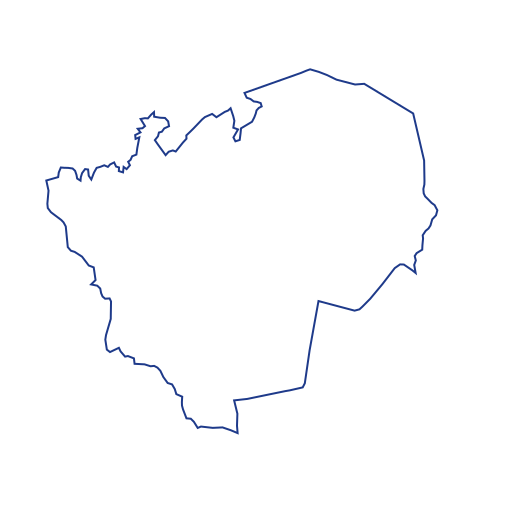 the district of Currais Novos, Rio Grande do Norte, Brazil, rotated 345°
{"feature_id": "56859067B29733795279027", "entity_name": "Currais Novos", "entity_type": "district", "adm_level": 2, "iso_a3": "BRA", "parent_name": "Brazil", "parent_adm1": "Rio Grande do Norte", "projection": "robinson", "projection_center": [-36.481, -6.242], "detail": "fine", "context": "isolated", "style": "outline", "palette": "blue", "viewbox_px": 512, "rotation_deg": 345, "n_neighbors": 0, "source": "geoboundaries", "source_scale": "gbopen_adm2", "svg_char_len": 2603}
<svg xmlns="http://www.w3.org/2000/svg" viewBox="0 0 512 512"><g transform="rotate(345 256 256)"><path d="M192.4,422.3L193.7,415.1L197.2,403.5L197.5,389.8L210.6,391.8L234.5,393.2L249.4,394.1L253.6,394.5L267.1,395.0L270.2,391.6L283.4,360.9L304.7,315.7L337.1,334.3L342.1,334.3L345.6,332.5L355.2,326.9L370.8,315.9L386.9,303.6L393.0,301.4L396.6,302.5L403.3,310.3L405.8,313.7L406.5,305.6L409.2,301.7L409.3,297.1L411.9,294.8L418.2,292.9L419.5,288.8L421.9,282.3L422.4,279.1L426.4,275.6L429.7,274.1L432.4,271.7L435.7,266.2L440.4,263.3L443.0,258.8L441.7,253.1L439.3,250.1L436.4,244.9L434.8,242.2L434.2,238.9L435.0,234.6L437.1,230.6L438.1,227.3L443.1,207.3L444.7,159.0L405.1,117.7L396.1,116.0L379.4,106.5L371.3,99.5L364.3,94.4L356.6,89.7L352.8,90.0L346.8,90.8L287.1,95.5L288.0,100.7L291.3,102.9L293.8,106.1L296.9,107.4L300.1,109.5L300.2,113.0L297.0,113.7L294.2,115.5L292.6,118.4L290.2,121.7L286.9,125.3L274.6,128.8L272.7,133.8L270.3,139.7L265.8,139.9L264.9,135.6L271.4,129.1L267.3,126.2L270.1,119.8L270.2,115.0L269.7,106.7L266.6,108.3L263.2,108.7L253.7,111.7L250.4,107.4L242.6,108.6L239.4,110.1L228.7,116.6L224.3,119.1L219.9,121.5L219.2,124.7L214.8,127.5L205.5,134.3L203.0,132.5L198.6,132.7L194.8,135.2L190.1,122.9L188.3,117.9L192.3,115.0L194.2,111.6L197.2,111.6L200.4,109.0L205.6,108.1L206.0,103.2L203.8,99.1L199.1,97.6L193.7,95.1L194.7,90.6L191.2,92.4L187.2,95.1L184.3,94.1L180.0,93.8L181.3,98.1L182.4,101.8L179.4,103.2L174.7,102.5L176.4,106.7L170.6,107.9L170.0,111.7L174.0,111.2L169.3,120.9L166.7,127.1L162.2,127.6L159.7,130.7L156.9,131.9L157.7,135.7L153.5,138.6L151.2,135.7L149.2,140.8L145.5,138.5L146.6,135.0L144.0,133.4L143.2,128.9L138.8,129.8L136.0,131.6L132.9,129.1L128.6,129.6L124.9,129.6L121.1,133.5L116.7,139.5L115.2,135.2L116.2,129.0L113.4,127.8L109.5,130.9L107.2,134.5L106.0,137.8L103.3,134.9L103.6,131.2L103.3,126.9L101.5,124.0L97.2,122.2L93.7,121.2L90.4,120.0L87.1,124.3L85.3,128.6L73.0,128.8L72.5,139.2L68.0,151.5L67.3,155.8L69.3,160.7L77.2,170.8L78.8,173.7L79.9,178.2L76.5,198.7L78.6,203.0L81.9,205.1L87.8,211.6L92.0,221.9L96.3,225.0L94.8,237.7L89.4,240.8L95.0,243.6L97.1,247.1L96.8,251.9L97.3,255.4L99.2,258.2L103.6,259.1L104.2,262.4L99.4,279.2L90.7,293.5L88.8,297.8L87.7,307.8L90.1,311.0L99.8,309.2L100.5,313.1L103.5,319.3L106.4,319.5L111.6,323.3L110.8,328.7L120.3,331.8L125.6,335.2L129.2,335.8L131.9,338.3L133.9,342.1L135.2,349.0L137.8,355.8L141.7,358.3L143.1,363.5L143.3,368.8L148.3,372.8L146.6,377.9L145.8,381.3L145.8,385.1L146.8,394.8L150.9,396.3L153.1,400.1L155.2,407.0L158.7,406.5L169.7,410.8L179.3,412.9L186.6,417.8L192.4,422.3Z" fill="none" stroke="#1e3a8a" stroke-width="2"/></g></svg>